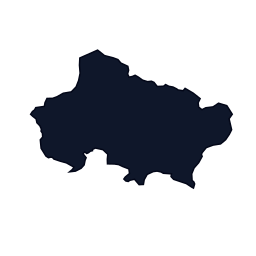 map outline of Plovdiv (orthographic projection), rotated 118°
{"feature_id": "BGR-2235", "entity_name": "Plovdiv", "entity_type": "Province", "adm_level": 1, "iso_a3": "BGR", "parent_name": "Bulgaria", "parent_adm1": "", "projection": "orthographic", "projection_center": [24.881, 42.293], "detail": "fine", "context": "isolated", "style": "filled", "palette": "ink", "viewbox_px": 256, "rotation_deg": 118, "n_neighbors": 0, "source": "natural_earth", "source_scale": "10m", "svg_char_len": 1657}
<svg xmlns="http://www.w3.org/2000/svg" viewBox="0 0 256 256"><g transform="rotate(118 128 128)"><path d="M150.3,43.8L149.7,50.4L151.9,63.6L150.7,67.2L148.1,68.1L151.4,75.6L151.3,78.1L152.4,82.1L154.7,85.3L160.0,89.3L166.1,89.4L170.6,87.9L172.8,91.6L170.2,98.2L173.3,101.8L175.1,102.7L175.8,105.1L175.0,107.7L172.6,107.4L167.5,105.3L163.7,108.0L164.5,114.6L164.7,119.1L166.2,123.2L169.3,129.3L165.3,131.6L160.7,133.5L158.9,139.9L161.0,147.4L163.6,149.3L164.7,148.7L166.2,150.4L168.4,151.3L169.9,152.5L169.4,155.1L171.9,155.5L173.9,151.0L176.4,150.8L181.2,149.4L185.6,150.5L190.7,154.1L194.1,159.0L191.2,157.8L189.2,157.4L187.9,157.5L187.7,166.0L189.1,172.3L190.2,178.9L189.4,181.0L190.1,182.7L191.6,184.3L191.3,187.3L186.7,195.2L179.6,199.9L176.0,199.1L172.8,201.1L171.6,203.3L169.6,204.0L167.4,206.9L166.1,210.9L163.1,213.4L162.4,217.5L161.6,220.4L158.3,220.1L155.9,219.0L153.3,219.0L148.2,212.0L144.5,213.2L139.9,213.4L137.2,208.5L133.8,205.4L127.7,201.5L122.7,195.0L116.0,193.1L109.2,193.9L102.1,196.0L95.4,200.3L88.8,203.4L73.5,191.4L75.1,182.8L73.0,174.1L72.3,169.0L74.0,164.8L73.6,157.1L76.7,154.6L80.5,153.7L82.6,150.9L80.4,148.3L78.1,146.5L78.2,142.8L78.9,137.6L77.9,132.5L75.7,129.3L75.5,126.5L77.6,121.7L74.4,116.2L72.0,115.2L72.0,111.6L70.7,107.5L70.6,103.4L70.9,101.6L69.2,96.8L66.2,96.2L66.6,86.9L68.2,78.1L72.8,77.9L76.4,75.4L77.1,71.3L73.6,68.8L69.4,62.8L63.6,59.7L61.9,51.2L66.9,42.4L72.4,43.1L80.9,35.7L86.1,35.6L92.5,36.3L98.6,38.8L103.2,44.9L108.6,49.7L115.1,51.0L117.1,50.6L118.2,49.2L125.4,49.3L132.3,50.9L138.6,50.2L144.2,46.8L144.7,44.6L146.1,42.9L150.3,42.0L150.3,43.8Z" fill="#0f172a" stroke="#020617" stroke-width="1.5"/></g></svg>